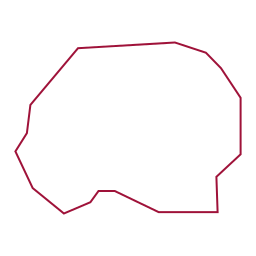 the district of Peqin, Elbasan, Albania
{"feature_id": "67620474B93113119561724", "entity_name": "Peqin", "entity_type": "district", "adm_level": 2, "iso_a3": "ALB", "parent_name": "Albania", "parent_adm1": "Elbasan", "projection": "robinson", "projection_center": [19.782, 41.055], "detail": "fine", "context": "isolated", "style": "outline", "palette": "rose", "viewbox_px": 256, "rotation_deg": 0, "n_neighbors": 0, "source": "geoboundaries", "source_scale": "gbopen_adm2", "svg_char_len": 328}
<svg xmlns="http://www.w3.org/2000/svg" viewBox="0 0 256 256"><path d="M78.0,48.2L30.4,104.9L26.9,133.1L15.4,151.4L32.7,188.1L63.9,213.5L90.4,202.2L98.5,191.0L114.7,191.0L158.6,212.1L217.6,212.1L216.4,176.8L240.6,154.3L240.6,97.8L221.0,68.2L205.9,52.7L174.9,42.5L78.0,48.2Z" fill="none" stroke="#9f1239" stroke-width="2"/></svg>